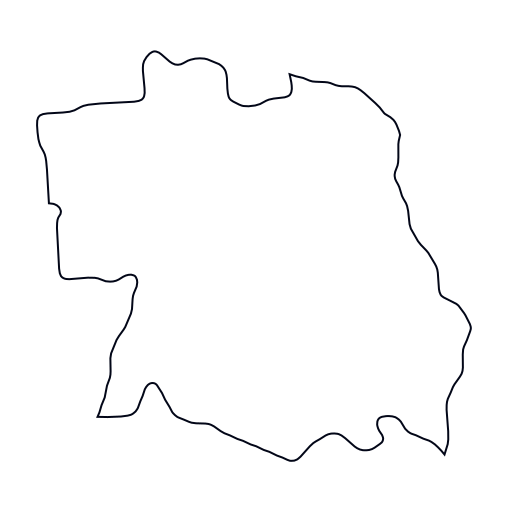 outline of Guerra, Santo Domingo, Dominican Republic, rotated 86°
{"feature_id": "3306468B94493131963400", "entity_name": "Guerra", "entity_type": "district", "adm_level": 2, "iso_a3": "DOM", "parent_name": "Dominican Republic", "parent_adm1": "Santo Domingo", "projection": "mercator", "projection_center": [-69.659, 18.576], "detail": "fine", "context": "isolated", "style": "outline", "palette": "ink", "viewbox_px": 512, "rotation_deg": 86, "n_neighbors": 0, "source": "geoboundaries", "source_scale": "gbopen_adm2", "svg_char_len": 4201}
<svg xmlns="http://www.w3.org/2000/svg" viewBox="0 0 512 512"><g transform="rotate(86 256 256)"><path d="M145.3,103.8L141.3,104.6L134.8,106.7L132.1,107.9L129.8,109.4L126.9,112.3L123.2,117.5L122.3,118.3L116.5,122.2L111.8,126.3L101.2,136.5L97.9,140.1L96.0,142.6L94.5,145.4L93.7,148.3L93.2,151.4L92.6,159.0L92.0,161.9L91.1,164.7L88.7,169.7L87.8,172.4L87.3,175.4L86.3,184.5L85.8,187.5L84.8,190.3L81.7,196.5L79.5,203.7L77.0,209.8L85.1,208.7L88.5,208.5L91.8,208.6L94.8,209.3L96.2,210.0L97.5,210.9L98.4,212.1L99.0,213.5L99.7,216.3L100.2,227.4L100.9,232.2L101.8,235.0L104.7,241.4L105.8,246.3L106.1,253.0L105.5,258.1L105.0,259.7L103.8,262.2L100.4,267.9L98.8,270.0L97.8,270.9L96.5,271.7L95.1,272.2L92.0,272.7L87.0,272.9L76.6,272.6L73.2,272.8L69.9,273.4L68.3,274.0L65.9,275.4L63.8,277.3L62.0,279.5L56.4,290.8L55.5,293.7L54.9,298.2L54.9,302.9L55.6,307.4L56.4,310.3L58.6,315.1L59.5,317.6L59.8,320.5L59.3,323.4L57.9,326.1L56.0,328.6L48.2,336.4L46.3,338.7L45.1,341.3L44.8,342.8L44.9,344.2L45.4,345.6L46.8,348.1L49.9,351.3L53.7,354.0L56.8,355.2L60.2,355.7L63.6,355.9L80.8,355.5L85.6,355.7L88.5,356.4L89.9,357.0L91.1,358.0L92.1,359.2L93.1,362.1L93.6,366.8L93.0,400.4L93.4,412.7L94.2,417.7L95.2,420.6L98.0,426.9L99.1,431.8L99.4,438.6L99.2,454.0L99.6,458.6L100.6,461.5L101.6,462.7L102.8,463.7L105.7,464.8L110.4,465.3L117.3,465.3L124.2,464.9L127.6,464.3L130.9,463.5L137.2,460.6L140.0,459.6L143.3,459.0L146.6,458.7L155.2,458.5L189.0,458.9L189.8,454.7L190.3,453.4L191.6,451.1L193.5,449.2L194.5,448.5L197.0,447.6L198.2,447.5L200.5,448.1L203.8,450.5L206.2,451.5L209.2,452.1L214.2,452.6L254.9,453.3L259.6,452.9L262.5,451.9L263.7,450.9L264.6,449.7L265.3,448.3L265.7,446.9L266.1,443.9L265.9,425.2L266.5,418.4L267.3,415.2L270.7,407.7L271.4,403.3L271.4,400.3L270.9,397.3L269.9,394.6L267.4,389.9L266.4,387.3L265.9,384.6L265.9,381.9L266.8,379.3L267.6,378.1L268.8,377.3L271.4,376.4L274.1,376.3L278.2,377.2L284.3,380.3L287.1,381.4L290.3,382.1L300.3,383.4L304.8,384.8L317.7,391.4L320.2,393.2L326.3,398.3L330.1,401.0L343.0,407.3L347.8,408.4L361.0,409.1L364.3,409.5L367.4,410.3L375.0,413.7L386.6,416.8L394.1,420.5L401.1,423.1L405.4,425.3L406.3,415.3L406.7,401.8L406.3,395.2L405.7,392.0L405.1,390.5L404.4,389.3L402.7,387.0L400.5,385.2L399.3,384.4L392.8,381.5L387.8,378.9L381.2,376.2L379.0,374.7L377.1,372.9L376.4,371.8L375.8,370.6L375.5,369.2L375.5,367.8L375.8,366.5L376.4,365.3L377.3,364.3L378.3,363.6L386.2,359.3L393.0,356.7L400.5,352.8L405.8,350.5L407.0,349.7L409.1,347.9L411.0,345.8L411.7,344.6L414.2,339.4L416.7,334.5L417.8,331.9L418.7,327.4L419.6,318.3L420.2,315.3L420.7,313.9L421.4,312.4L423.1,309.7L428.2,303.5L430.6,299.9L433.1,294.6L437.2,287.3L439.5,281.8L443.6,274.5L445.8,269.1L450.0,261.8L452.3,256.3L456.5,249.1L458.9,243.7L461.5,239.0L462.6,236.5L462.8,235.1L462.8,232.1L461.9,229.3L461.1,228.0L459.3,225.6L449.5,215.5L446.6,211.9L445.1,209.2L443.2,205.2L439.9,199.1L438.9,196.4L438.4,193.4L438.5,190.3L439.0,187.3L439.5,185.8L441.0,183.2L444.0,179.7L452.9,170.9L454.8,168.5L456.3,165.8L457.2,162.9L457.5,159.8L457.4,156.7L456.7,153.7L455.5,151.1L452.2,145.6L450.7,143.5L449.6,142.7L448.4,142.2L447.1,141.9L445.8,142.0L443.4,142.7L439.1,145.2L436.6,146.2L433.9,146.8L432.5,146.9L429.7,146.5L428.4,146.0L427.2,145.2L426.2,144.1L425.6,142.8L425.2,141.5L424.8,137.2L425.0,134.2L425.5,131.2L426.5,128.3L427.3,127.1L429.1,124.9L431.3,123.1L438.7,119.3L441.8,116.6L443.5,114.4L444.2,113.1L445.9,109.1L449.9,101.8L452.2,96.4L453.7,94.0L456.4,90.7L459.6,87.7L463.2,84.7L467.2,81.8L457.1,77.9L452.4,77.0L444.2,76.5L422.7,76.6L417.9,76.2L414.7,75.6L411.9,74.6L405.8,71.3L400.5,68.7L397.9,67.0L390.6,61.0L388.0,59.2L386.6,58.6L385.0,58.0L381.8,57.4L368.6,56.6L363.7,55.9L360.8,54.8L354.7,51.5L346.0,47.6L343.7,46.8L342.4,46.7L341.2,46.8L338.8,47.4L330.0,51.1L327.5,52.4L319.6,57.5L317.8,59.4L310.4,71.7L308.7,73.7L307.5,74.5L304.8,75.4L301.8,75.8L285.4,75.8L282.2,76.1L279.1,76.9L276.5,78.0L264.9,83.9L262.4,85.7L256.3,90.8L252.5,93.4L239.6,99.6L234.9,100.6L221.6,101.1L216.7,101.8L213.8,102.7L208.9,105.1L206.2,106.2L197.5,108.2L194.8,109.2L191.2,110.9L188.7,111.8L185.9,112.1L184.4,112.0L181.7,111.3L175.6,108.5L172.6,107.7L167.7,107.1L154.4,106.2L151.2,105.6L145.3,103.8Z" fill="none" stroke="#020617" stroke-width="2"/></g></svg>